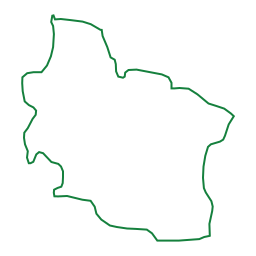 outline of Berovo
{"feature_id": "MKD-3004", "entity_name": "Berovo", "entity_type": "Statistical Region", "adm_level": 1, "iso_a3": "MKD", "parent_name": "North Macedonia", "parent_adm1": "", "projection": "albers", "projection_center": [22.775, 41.662], "detail": "fine", "context": "isolated", "style": "outline", "palette": "green", "viewbox_px": 256, "rotation_deg": 0, "n_neighbors": 0, "source": "natural_earth", "source_scale": "10m", "svg_char_len": 1420}
<svg xmlns="http://www.w3.org/2000/svg" viewBox="0 0 256 256"><path d="M233.8,116.2L228.7,124.4L225.0,135.7L223.2,139.6L220.0,141.6L210.9,144.3L208.0,146.9L205.3,155.8L203.5,166.6L203.0,177.8L203.9,188.1L205.8,192.5L211.4,201.2L212.7,206.5L212.2,211.0L209.4,223.9L209.8,235.8L209.5,235.9L204.2,237.0L199.3,239.1L178.8,240.6L163.9,240.6L160.1,240.6L157.3,240.6L152.0,233.3L146.8,229.6L135.6,228.9L127.0,228.5L116.8,227.0L109.9,225.5L101.3,219.6L96.4,213.7L94.7,206.7L90.6,200.8L84.5,200.0L82.3,199.7L67.1,196.0L58.3,196.4L54.4,196.3L53.8,192.7L54.1,189.7L57.7,187.9L61.3,186.7L62.7,183.1L63.0,177.2L63.0,171.3L61.0,166.5L58.3,163.9L51.4,162.0L43.1,153.2L39.1,152.1L36.3,154.4L33.3,161.8L30.5,163.2L28.8,163.2L27.0,157.6L27.8,151.2L27.2,149.7L25.0,144.3L24.0,137.8L24.3,132.7L27.8,128.1L32.6,118.9L35.7,114.8L36.1,110.6L33.4,107.4L28.9,105.1L24.7,101.4L22.7,91.2L22.2,83.2L22.4,77.5L22.4,77.3L27.2,73.2L33.5,72.2L41.5,72.2L47.0,65.5L50.9,56.3L53.1,47.1L53.9,34.1L53.1,26.0L51.2,22.0L52.3,15.7L53.5,15.4L55.0,19.4L60.8,19.0L70.7,20.1L82.6,21.6L90.8,24.2L100.4,29.8L101.7,29.9L102.6,36.0L107.3,47.1L110.6,57.4L114.7,59.7L115.8,64.1L116.1,71.4L118.3,76.6L123.0,77.7L124.7,76.6L125.2,72.6L128.5,70.0L136.5,69.6L161.8,74.4L168.5,77.3L171.5,82.8L171.5,88.4L174.5,88.4L179.5,88.0L188.6,88.7L197.4,94.3L208.5,103.5L216.4,106.0L224.2,108.6L230.8,113.4L233.5,115.9L233.8,116.2Z" fill="none" stroke="#15803d" stroke-width="2"/></svg>